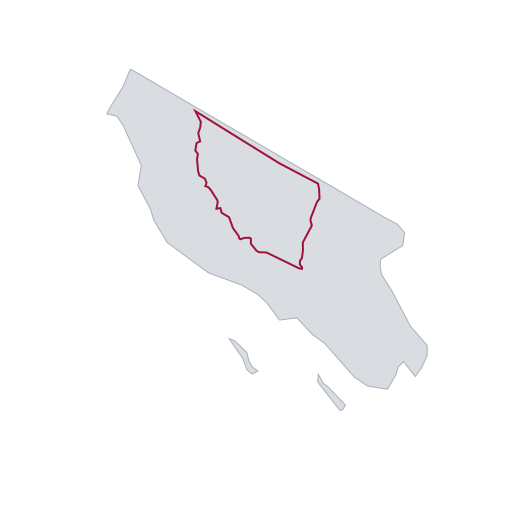 where Cayo sits in Belize, rotated 118°
{"feature_id": "BLZ-1324", "entity_name": "Cayo", "entity_type": "District", "adm_level": 1, "iso_a3": "BLZ", "parent_name": "Belize", "parent_adm1": "", "projection": "orthographic", "projection_center": [-88.805, 16.941], "detail": "coarse", "context": "in_parent", "style": "outline", "palette": "rose", "viewbox_px": 512, "rotation_deg": 118, "n_neighbors": 0, "source": "natural_earth", "source_scale": "10m", "svg_char_len": 1600}
<svg xmlns="http://www.w3.org/2000/svg" viewBox="0 0 512 512"><g transform="rotate(118 256 256)"><path d="M161.6,159.6L161.5,146.2L165.7,135.7L177.8,131.3L193.5,140.5L200.1,144.3L206.0,142.2L213.4,136.5L222.6,120.3L245.5,86.7L254.6,62.9L263.6,58.2L276.5,57.3L287.6,58.8L279.9,76.2L287.7,78.4L294.7,76.8L311.8,77.3L318.4,96.4L316.7,112.4L300.8,154.7L298.8,169.2L291.5,190.9L301.5,205.2L292.3,224.2L289.1,236.5L288.4,254.9L293.2,290.0L285.8,340.7L272.5,362.8L264.2,371.2L249.3,393.2L229.8,399.8L202.7,435.2L197.9,444.5L200.5,454.5L194.1,454.6L168.1,452.9L150.6,454.7L149.9,453.8L151.4,415.8L153.8,356.9L155.5,313.7L157.2,271.5L158.4,239.8L160.1,196.7L161.6,159.6ZM338.2,142.5L331.3,145.4L336.9,136.5L337.7,130.8L345.6,107.2L351.4,107.3L352.9,109.4L338.2,142.5ZM352.8,219.3L341.6,240.8L340.9,234.7L345.5,218.8L351.8,213.2L355.7,207.3L356.6,200.4L362.1,203.8L360.8,210.6L352.8,219.3Z" fill="#d9dde1" stroke="#a8b0b8" stroke-width="1"/><path d="M156.6,377.5L163.2,278.9L163.0,235.2L167.5,231.6L175.6,226.8L179.5,227.5L196.5,225.5L198.6,224.9L203.0,221.0L222.1,221.0L229.0,217.2L236.2,214.5L239.4,214.9L242.8,213.4L244.5,210.0L245.8,209.4L246.7,212.4L248.0,248.6L251.1,254.7L251.2,257.8L247.6,266.3L243.3,268.5L242.8,270.0L245.4,274.7L248.5,277.6L248.4,278.9L246.4,280.8L242.2,289.4L234.4,298.0L234.0,306.5L230.4,310.0L232.9,313.1L226.4,315.1L224.9,316.3L218.5,327.8L217.6,330.8L218.1,333.4L214.5,334.1L211.7,337.4L211.5,343.7L208.5,346.8L198.1,353.6L193.1,355.2L191.4,359.1L184.1,361.5L181.0,359.1L174.6,364.7L168.6,365.6L163.4,367.7L156.6,377.5Z" fill="none" stroke="#9f1239" stroke-width="2"/></g></svg>